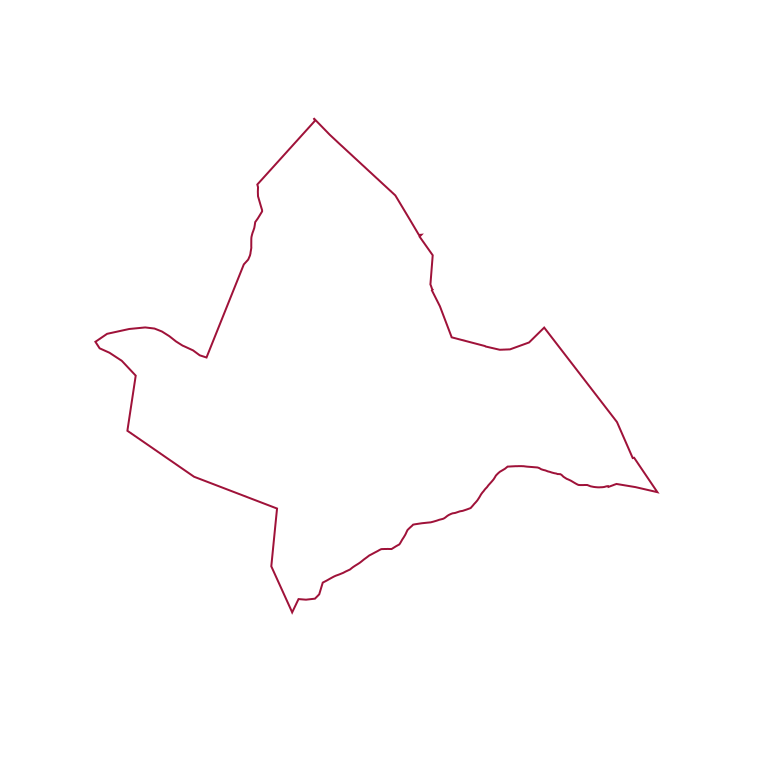 Carellie, Castries, Saint Lucia, rotated 283°
{"feature_id": "8701671B42772891330913", "entity_name": "Carellie", "entity_type": "district", "adm_level": 2, "iso_a3": "LCA", "parent_name": "Saint Lucia", "parent_adm1": "Castries", "projection": "albers", "projection_center": [-60.969, 14.018], "detail": "fine", "context": "isolated", "style": "outline", "palette": "rose", "viewbox_px": 768, "rotation_deg": 283, "n_neighbors": 0, "source": "geoboundaries", "source_scale": "gbopen_adm2", "svg_char_len": 2911}
<svg xmlns="http://www.w3.org/2000/svg" viewBox="0 0 768 768"><g transform="rotate(283 384 384)"><path d="M360.2,93.3L354.8,98.9L352.7,109.5L347.6,123.3L336.3,140.2L283.0,144.3L280.7,144.5L250.9,219.8L238.6,307.8L222.1,309.9L181.0,315.2L141.9,345.1L140.8,345.9L155.2,349.1L156.3,356.5L159.3,365.0L164.5,368.2L176.7,369.0L179.5,372.3L181.9,374.9L183.7,376.9L185.1,378.5L186.4,380.2L188.4,383.3L189.9,385.4L190.8,386.7L192.8,389.0L193.8,390.3L195.6,392.6L197.4,394.0L198.5,394.9L200.4,396.7L201.9,398.2L203.3,399.6L204.7,400.9L206.7,402.5L208.4,403.8L211.4,406.4L213.6,408.2L215.2,410.1L216.7,411.8L218.1,413.4L219.8,415.4L221.3,417.0L222.5,418.5L223.2,421.1L224.1,424.7L224.6,427.0L224.9,428.5L226.8,430.4L228.4,432.0L229.7,433.4L231.1,435.0L232.6,435.6L236.6,436.8L239.0,437.7L242.1,438.7L243.5,439.0L245.5,439.4L247.1,439.8L249.6,441.4L252.3,443.3L253.5,444.0L254.3,445.8L256.8,452.1L258.8,457.9L259.7,460.6L260.9,462.9L262.7,466.1L264.2,468.5L265.4,470.9L266.2,472.3L267.6,473.7L269.4,475.1L270.8,476.4L272.4,478.4L273.4,479.9L274.4,482.4L277.0,486.6L278.1,489.2L280.3,492.8L282.6,496.3L285.5,497.9L287.5,498.9L289.2,499.9L291.5,501.1L293.1,501.7L295.0,502.4L298.3,503.4L300.4,504.3L302.1,505.2L303.3,505.7L304.7,506.4L306.5,507.5L308.8,508.5L311.5,510.0L313.7,511.2L315.9,512.3L318.2,513.1L319.9,513.6L321.1,514.3L323.0,515.5L324.6,516.7L326.2,518.4L328.6,520.9L330.4,522.3L331.3,523.0L333.4,530.3L334.7,535.5L335.3,538.5L335.6,541.6L336.5,547.6L337.2,552.4L337.0,554.2L336.3,556.3L336.1,558.8L336.1,560.7L335.7,563.4L335.7,565.3L335.5,567.2L335.4,569.9L335.5,572.0L335.3,573.4L335.6,574.9L335.8,576.2L335.3,577.6L334.0,579.7L332.7,583.3L332.4,585.2L332.2,586.1L331.8,587.9L331.2,589.8L330.6,591.6L329.8,594.3L329.4,596.1L329.7,598.2L330.1,599.9L330.9,602.9L331.3,604.8L331.0,606.9L330.8,608.3L330.9,611.5L331.1,613.4L331.4,615.4L331.8,617.2L332.6,620.1L333.2,621.7L334.3,623.7L334.9,625.3L334.2,625.8L337.0,630.1L337.5,630.8L338.9,633.0L340.1,652.2L340.1,674.7L346.7,667.6L368.4,644.3L368.0,643.4L367.8,643.0L399.3,619.6L475.0,527.4L457.1,516.0L446.1,499.0L443.4,489.1L443.4,474.5L443.7,473.9L444.7,439.4L445.7,438.8L472.3,421.0L485.4,410.1L486.0,409.6L486.9,410.1L487.3,409.5L490.2,407.7L491.5,406.8L493.0,406.6L520.4,402.5L535.6,385.5L537.8,386.8L537.2,385.0L537.1,384.5L550.2,372.0L566.9,355.9L570.3,352.6L608.1,286.4L614.7,275.0L627.2,255.6L626.8,256.0L625.1,257.6L550.8,216.2L549.9,215.7L547.4,217.0L543.1,217.8L538.6,219.0L530.0,223.8L526.0,226.1L524.7,226.4L517.5,224.0L516.9,223.8L512.8,222.1L509.0,222.4L506.9,222.5L503.9,222.2L501.6,221.9L499.1,221.8L497.3,221.8L495.4,222.1L488.3,223.7L487.9,223.8L486.8,224.1L481.8,224.4L481.4,224.5L479.1,224.5L474.7,223.7L469.0,220.5L369.9,205.1L370.5,198.0L373.8,190.4L375.8,180.8L376.1,179.1L378.7,171.7L381.4,166.0L382.3,164.1L385.2,155.8L386.4,147.9L385.4,138.6L380.3,123.4L370.6,102.9L360.2,93.3Z" fill="none" stroke="#9f1239" stroke-width="2"/></g></svg>